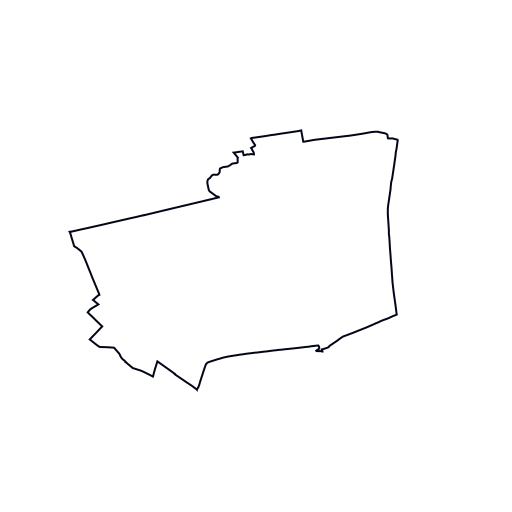 Stefanestii De Jos, Ilfov, Romania (Robinson projection), rotated 233°
{"feature_id": "2599482B64746522486763", "entity_name": "Stefanestii De Jos", "entity_type": "district", "adm_level": 2, "iso_a3": "ROU", "parent_name": "Romania", "parent_adm1": "Ilfov", "projection": "robinson", "projection_center": [26.191, 44.546], "detail": "fine", "context": "isolated", "style": "outline", "palette": "ink", "viewbox_px": 512, "rotation_deg": 233, "n_neighbors": 0, "source": "geoboundaries", "source_scale": "gbopen_adm2", "svg_char_len": 5104}
<svg xmlns="http://www.w3.org/2000/svg" viewBox="0 0 512 512"><g transform="rotate(233 256 256)"><path d="M124.5,333.1L127.0,334.5L129.1,335.7L133.1,338.0L137.1,340.2L140.2,341.9L145.0,344.6L147.9,346.3L151.0,348.1L153.0,349.3L155.0,350.6L157.1,352.0L158.7,353.0L165.3,357.3L168.5,359.3L170.4,360.5L172.6,361.9L174.9,363.4L177.1,364.8L181.2,367.4L187.2,371.4L187.8,371.8L190.4,373.5L191.8,374.4L193.0,375.0L194.5,376.0L196.0,377.2L198.4,378.8L202.2,381.3L206.2,383.9L208.1,385.1L208.4,385.4L208.9,385.7L210.1,386.5L210.9,387.0L212.5,388.3L214.4,389.7L217.4,392.5L221.1,396.3L221.6,396.8L222.1,397.3L223.5,398.7L224.1,399.3L224.6,399.9L225.7,400.9L226.3,401.5L227.0,402.3L227.9,403.2L229.0,404.2L230.6,405.6L232.5,407.4L233.7,408.5L235.8,411.2L246.1,421.7L248.0,423.6L248.7,424.3L250.2,425.8L252.8,428.4L254.1,429.5L255.3,430.7L256.6,432.3L263.1,438.8L263.7,439.0L268.0,435.6L269.1,433.9L270.5,432.2L270.8,432.2L273.3,433.7L273.5,433.8L274.0,433.9L275.1,433.5L276.2,433.0L276.3,432.9L281.6,428.2L281.8,428.2L283.0,426.7L284.5,424.4L285.8,422.2L289.6,414.6L296.1,402.5L296.3,402.3L313.6,372.6L313.9,372.0L318.3,363.3L318.7,362.6L318.8,362.5L328.7,367.5L329.1,367.7L330.3,365.0L332.3,361.3L335.4,355.6L339.6,347.9L339.7,347.7L342.1,343.1L342.8,342.1L346.6,334.8L352.7,323.8L353.0,322.7L348.5,322.2L345.0,322.0L344.6,321.3L345.2,317.1L344.4,317.1L342.9,316.8L340.2,316.5L339.6,316.2L338.4,315.5L340.4,313.4L341.5,311.2L342.6,310.0L342.6,309.3L342.9,308.9L343.3,308.0L343.9,306.8L347.6,308.4L351.4,301.4L352.0,300.4L346.1,300.7L345.3,300.6L345.2,300.2L341.8,297.7L341.8,297.2L342.0,296.3L343.8,293.2L344.1,292.4L344.1,291.3L344.1,289.9L344.5,287.3L346.7,283.3L346.9,282.8L347.5,280.0L347.2,279.4L344.8,277.4L344.0,275.0L344.3,273.8L346.6,270.9L346.9,269.2L346.2,266.9L346.0,265.8L346.1,265.3L346.0,263.7L345.1,262.3L343.3,260.9L337.3,258.1L336.3,257.9L335.4,257.9L327.5,260.3L325.8,261.8L325.2,261.6L325.3,261.4L327.3,256.8L344.7,217.0L350.7,203.2L355.9,191.2L356.0,191.3L356.3,190.7L356.5,190.2L357.2,188.5L357.5,187.9L358.0,186.7L358.7,185.1L359.4,183.5L361.7,178.5L366.4,168.0L369.5,161.1L371.7,156.1L371.8,155.9L371.9,155.6L377.5,143.2L380.1,137.4L382.2,132.9L387.0,122.2L387.2,122.3L387.5,121.7L386.3,121.5L384.2,120.7L383.3,120.5L382.6,120.1L381.2,119.6L378.2,118.5L375.4,117.5L373.6,116.8L373.4,116.7L373.2,116.8L372.4,116.9L372.2,117.0L371.0,117.6L369.6,118.0L367.0,118.7L365.6,119.0L364.4,119.3L364.1,119.2L363.4,119.1L355.2,117.2L345.4,114.5L341.2,113.4L338.5,112.6L319.8,107.8L319.2,107.5L319.5,106.3L319.3,103.6L319.0,99.4L318.5,99.6L316.3,100.0L314.6,100.4L313.3,100.8L312.2,101.0L313.1,93.1L313.1,91.3L312.3,87.7L310.0,88.0L308.7,88.2L306.7,88.6L304.6,88.9L303.4,89.1L301.7,89.3L298.6,89.8L292.3,90.8L291.0,82.9L289.4,73.0L280.3,75.4L277.9,76.2L277.5,76.4L276.2,77.9L273.4,81.4L270.8,84.5L268.5,87.1L268.0,87.5L266.4,87.6L263.1,87.8L261.7,87.9L261.1,88.0L260.8,88.0L259.2,87.9L258.1,87.6L257.4,87.4L256.6,87.3L255.0,87.3L253.7,87.4L253.0,87.6L251.6,88.0L250.8,88.1L250.2,88.2L250.0,87.9L248.4,88.4L246.7,88.7L244.5,89.3L244.0,89.3L242.6,89.7L241.4,90.0L240.8,90.1L240.5,90.2L239.5,91.0L236.2,93.3L234.9,94.3L232.3,95.9L229.8,97.2L228.2,98.0L225.6,99.3L224.1,100.0L223.1,100.5L222.2,100.9L221.7,101.1L221.8,101.3L221.9,101.5L223.1,102.9L223.5,103.4L226.3,107.0L228.2,109.7L231.2,113.8L221.5,116.9L210.6,120.3L210.4,120.0L207.3,121.0L201.2,123.1L196.4,124.7L195.7,125.0L189.9,127.0L188.7,127.3L185.3,128.3L185.1,128.4L184.9,128.4L185.0,128.5L185.3,129.3L185.4,129.7L185.6,130.2L185.8,130.6L186.0,131.2L186.7,132.2L187.3,133.2L188.0,134.1L188.6,134.9L189.2,135.7L189.7,136.3L190.1,137.0L190.5,137.5L190.8,138.0L192.4,140.2L193.6,142.0L194.1,142.6L194.4,143.1L195.0,143.9L195.9,145.2L196.1,145.5L197.2,147.1L198.3,148.7L199.1,150.0L199.7,150.9L199.8,151.6L200.0,152.6L200.0,153.3L199.7,154.5L198.6,157.7L197.5,160.8L196.8,162.8L196.0,164.8L195.3,166.7L194.5,168.9L192.1,174.0L191.0,176.1L189.4,179.0L187.7,182.2L186.6,184.3L185.8,185.6L184.4,188.3L183.1,190.6L182.0,192.5L181.9,192.6L179.7,196.5L178.0,199.2L174.8,204.8L173.5,206.9L171.6,210.3L169.9,213.3L168.5,215.6L167.5,217.4L165.7,220.2L164.7,222.0L163.3,224.3L161.8,226.7L161.1,228.0L160.4,229.1L158.3,232.6L155.6,237.2L153.3,241.2L151.5,244.0L151.4,244.5L148.6,249.4L147.0,251.9L146.4,251.9L146.0,251.8L145.5,251.7L144.9,251.4L144.2,250.7L143.9,250.1L144.0,249.4L144.1,247.9L144.1,247.1L143.7,247.1L143.0,248.0L142.3,248.7L142.2,249.1L141.9,249.5L141.6,249.7L141.4,250.0L141.0,250.5L140.8,250.8L140.6,250.9L140.3,251.1L140.0,251.2L139.9,251.3L139.7,251.6L139.9,251.7L141.8,252.3L141.5,252.9L140.5,255.6L139.8,257.9L139.5,259.0L140.0,260.8L139.9,261.5L139.7,266.1L139.5,269.2L139.5,271.0L139.5,272.4L139.5,273.5L139.4,275.3L139.4,275.7L139.4,276.5L138.8,278.8L138.1,280.9L137.8,282.0L137.5,283.1L137.0,284.7L136.5,286.4L136.4,286.8L135.4,290.5L134.9,292.4L134.0,295.6L133.3,298.2L132.3,301.8L131.8,304.0L131.0,307.3L130.5,309.4L130.1,311.5L129.6,313.0L129.4,313.9L129.0,316.1L128.7,317.4L128.0,319.8L127.0,322.9L126.6,324.5L126.0,327.2L125.6,329.2L125.1,330.8L125.0,331.3L124.5,333.1Z" fill="none" stroke="#020617" stroke-width="2"/></g></svg>